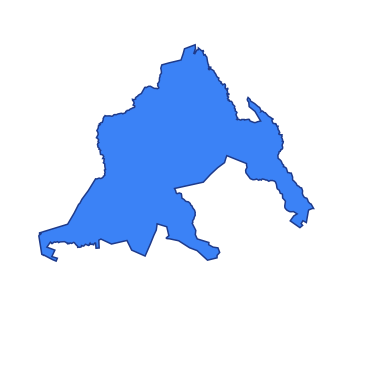 outline of Seke, Mashonaland East, Zimbabwe, rotated 30°
{"feature_id": "62879985B71906244719276", "entity_name": "Seke", "entity_type": "district", "adm_level": 2, "iso_a3": "ZWE", "parent_name": "Zimbabwe", "parent_adm1": "Mashonaland East", "projection": "mercator", "projection_center": [31.007, -18.303], "detail": "fine", "context": "isolated", "style": "filled", "palette": "blue", "viewbox_px": 384, "rotation_deg": 30, "n_neighbors": 0, "source": "geoboundaries", "source_scale": "gbopen_adm2", "svg_char_len": 5951}
<svg xmlns="http://www.w3.org/2000/svg" viewBox="0 0 384 384"><g transform="rotate(30 192 192)"><path d="M100.0,259.4L100.5,269.2L100.4,282.1L80.4,303.6L80.8,304.3L82.0,303.7L82.0,304.5L81.7,304.9L81.3,304.9L81.3,306.6L93.1,321.1L95.2,321.0L95.2,320.7L105.0,320.3L108.9,319.8L108.5,316.7L102.9,318.0L102.3,310.9L93.9,312.3L94.4,306.2L95.5,306.3L96.0,306.8L96.6,306.7L97.7,304.1L98.9,303.8L100.4,302.2L101.8,302.5L102.7,301.2L106.3,298.8L107.9,298.6L109.0,298.8L109.5,298.5L110.1,299.0L110.6,298.2L111.3,298.4L111.9,297.1L113.5,296.7L114.7,294.8L115.5,294.7L118.0,295.7L119.3,295.9L120.0,296.3L120.7,297.1L120.9,297.0L121.3,296.4L122.0,296.3L123.3,295.2L123.6,294.5L123.1,293.6L124.8,293.2L125.3,292.9L125.9,290.5L129.0,290.1L129.6,289.3L129.2,288.7L129.3,287.3L130.2,288.0L130.8,287.8L131.9,286.9L132.7,287.1L133.3,286.9L133.1,285.7L133.5,284.6L134.1,284.5L137.0,288.7L139.6,286.9L135.4,280.3L136.6,278.3L148.3,277.3L159.9,266.5L168.8,272.5L183.4,270.9L181.9,257.7L180.6,248.6L180.1,242.8L177.7,237.0L187.5,234.7L193.8,241.4L192.7,244.5L192.8,244.8L193.6,244.9L195.9,243.8L204.8,240.9L217.8,241.5L225.7,240.2L239.5,243.3L246.6,236.5L245.4,234.3L246.2,230.5L242.4,227.4L237.8,229.2L232.8,229.3L231.9,227.3L220.0,230.0L216.2,227.3L214.5,223.4L207.8,219.0L207.9,217.8L206.9,216.7L207.1,214.2L206.6,213.0L206.4,210.4L205.6,209.5L205.1,208.2L203.3,206.5L200.6,205.4L198.8,204.0L197.5,203.9L196.1,202.8L193.9,202.3L191.6,203.1L190.8,203.1L189.1,202.5L186.3,202.3L184.4,199.7L183.5,198.8L181.5,199.2L179.9,200.9L178.9,200.8L177.1,199.0L175.1,197.7L196.9,177.8L199.2,167.6L202.1,158.1L205.5,150.3L204.4,145.8L204.0,143.1L225.0,140.1L225.9,141.6L227.4,143.2L227.4,145.5L227.7,146.6L229.1,148.4L235.8,151.3L238.7,150.9L240.3,149.8L241.4,148.5L244.0,148.4L244.5,147.2L246.1,147.0L246.2,145.8L246.7,145.4L248.9,144.8L249.8,144.8L250.9,144.2L253.1,144.3L254.4,142.6L255.2,142.3L255.7,141.9L257.6,141.4L259.1,141.5L261.3,143.2L263.2,145.6L264.3,146.6L266.8,146.9L269.1,149.0L270.8,148.6L271.5,148.8L273.5,151.9L276.5,152.8L277.6,153.4L279.3,157.7L280.2,159.0L281.1,159.6L283.4,160.3L286.2,160.2L287.5,159.7L289.7,158.2L294.0,158.4L292.1,161.8L291.5,167.9L303.0,168.9L303.3,168.9L304.5,165.6L302.3,164.8L302.4,161.4L306.3,161.3L302.2,150.1L302.1,149.1L304.4,146.2L305.6,145.5L301.2,142.9L299.8,143.0L297.6,142.3L295.5,140.5L294.5,140.0L293.0,140.4L291.8,140.4L289.8,139.4L288.3,138.1L287.2,135.7L284.9,133.7L283.4,134.1L281.5,133.6L279.9,133.8L277.7,132.4L274.6,131.5L273.5,131.4L272.7,130.7L271.7,128.8L268.5,126.0L268.1,126.1L267.5,126.7L266.5,126.7L265.1,127.3L261.8,124.2L259.6,124.0L258.5,124.4L258.0,123.0L256.2,122.5L253.9,120.7L252.1,120.1L249.8,119.8L248.0,117.3L247.9,115.1L247.3,113.7L248.1,112.7L247.9,112.1L248.1,111.1L247.8,110.8L248.7,109.6L248.5,108.5L247.8,107.5L247.0,107.0L246.4,105.5L246.3,103.8L245.8,102.6L244.7,102.8L244.6,101.8L243.1,100.4L242.2,100.0L242.1,98.6L241.5,98.5L241.4,97.5L238.9,98.5L238.2,98.4L237.9,97.7L238.3,97.1L238.3,96.7L236.5,95.3L235.3,94.9L234.7,93.9L234.0,93.5L233.7,92.0L232.3,92.5L231.2,91.4L230.5,91.5L230.3,91.0L228.1,92.0L226.4,91.0L225.4,90.0L225.3,89.5L225.8,88.7L225.4,88.1L224.1,88.4L223.1,88.1L220.3,88.1L216.0,86.7L214.6,87.1L213.3,86.7L212.3,86.7L211.6,87.7L211.6,87.4L208.3,85.0L206.6,85.0L202.1,84.1L197.0,83.9L196.1,82.8L193.3,82.1L193.5,84.1L194.4,85.1L196.3,85.9L198.8,89.5L206.2,90.7L216.0,96.2L213.6,98.4L212.4,100.0L211.1,100.8L207.3,101.4L206.1,101.3L205.5,100.5L204.5,100.8L201.5,103.3L201.2,103.0L198.8,104.3L198.7,104.8L198.0,105.5L195.7,105.7L195.3,106.6L194.9,106.7L195.1,106.3L194.2,105.6L194.3,104.9L193.2,104.5L191.3,102.8L191.2,100.7L190.4,100.3L188.8,100.1L188.0,98.5L187.1,98.4L186.7,98.1L186.2,96.4L183.3,95.6L182.6,94.7L181.1,93.9L180.4,93.9L179.0,94.7L178.3,93.8L177.5,94.4L177.0,93.6L176.1,93.4L176.3,91.8L176.1,91.4L175.0,91.5L174.5,90.5L174.1,90.5L173.5,89.8L174.5,89.9L175.2,89.3L175.1,88.7L173.6,88.7L172.0,86.7L171.4,86.5L171.6,85.2L171.2,84.4L170.9,84.5L170.6,85.4L169.8,85.8L168.9,85.5L168.6,84.7L168.2,84.6L168.0,83.4L166.9,82.2L166.0,82.2L165.5,83.1L164.9,83.4L164.9,83.7L163.9,83.3L162.6,83.2L162.5,82.2L159.6,82.0L158.5,81.1L158.3,79.9L156.6,79.9L154.9,79.1L153.9,78.2L151.0,76.8L150.3,76.1L146.9,76.0L146.2,76.5L145.7,77.5L145.0,77.4L144.6,77.0L144.6,76.6L146.1,75.1L145.9,74.5L143.8,75.2L142.6,73.4L142.0,73.2L140.3,71.4L137.4,67.8L135.1,66.9L134.7,66.5L133.8,67.5L131.3,65.2L131.6,64.4L131.0,63.9L129.8,64.9L125.5,64.1L126.3,65.6L125.2,66.6L125.3,70.8L124.3,71.0L123.2,65.9L121.1,62.9L113.9,71.7L115.2,76.6L116.5,83.2L107.6,91.6L102.3,97.0L103.1,100.4L105.0,102.6L106.1,104.4L105.8,106.7L106.7,108.2L106.7,109.2L107.4,110.7L108.2,112.0L108.4,113.7L108.1,115.5L109.0,116.3L109.1,117.1L111.0,118.1L111.2,118.7L110.2,120.0L109.2,120.1L108.0,120.9L106.9,121.2L103.2,121.2L101.6,122.1L100.0,124.6L99.2,124.6L98.8,125.1L98.9,132.0L97.3,134.7L97.0,135.6L97.1,136.3L96.3,137.4L96.0,138.8L96.7,139.6L95.6,141.1L94.1,141.5L94.7,142.3L96.0,142.7L97.5,143.9L97.5,146.1L97.8,146.4L99.2,146.0L99.9,146.9L99.8,147.6L98.3,149.1L98.1,149.9L97.1,150.9L96.5,152.7L95.0,153.8L95.0,154.6L94.4,155.3L94.8,156.5L93.1,158.7L92.9,158.9L91.9,158.9L90.9,159.6L88.8,161.5L88.0,162.7L86.1,163.8L85.6,164.5L85.4,165.7L84.7,166.5L82.9,167.1L79.4,169.2L78.5,169.3L78.5,170.1L78.2,170.7L78.3,172.8L79.0,173.9L79.5,176.5L78.5,177.5L77.7,179.4L78.8,179.6L78.3,180.9L77.8,181.1L78.9,183.8L78.9,186.4L80.7,187.4L82.0,189.1L82.1,192.8L83.4,192.8L85.0,193.5L85.5,195.5L86.6,195.8L86.2,197.2L86.5,198.4L87.2,198.7L87.9,200.0L90.1,200.7L90.1,201.5L92.1,201.6L92.1,202.8L94.0,205.2L95.4,204.6L96.4,204.6L97.8,205.4L97.9,207.7L99.0,207.1L99.6,207.2L99.9,208.6L100.6,209.7L100.6,211.0L102.4,211.3L103.5,213.1L105.3,215.3L105.8,215.5L105.8,216.0L105.2,216.7L105.3,216.9L107.0,218.5L107.1,219.7L108.1,221.1L107.9,222.0L107.4,222.5L107.6,223.9L106.6,225.6L105.9,226.1L104.6,226.4L103.0,228.3L101.9,228.8L101.5,242.7L100.3,253.3L100.5,257.8L100.0,259.4Z" fill="#3b82f6" stroke="#1e3a8a" stroke-width="1.5"/></g></svg>